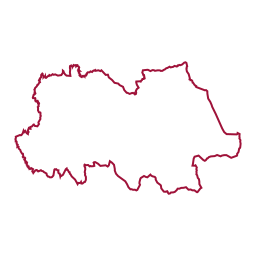 Ruhango, Southern, Rwanda
{"feature_id": "39286606B52583425373362", "entity_name": "Ruhango", "entity_type": "district", "adm_level": 2, "iso_a3": "RWA", "parent_name": "Rwanda", "parent_adm1": "Southern", "projection": "equal_earth", "projection_center": [29.754, -2.193], "detail": "fine", "context": "isolated", "style": "outline", "palette": "rose", "viewbox_px": 256, "rotation_deg": 0, "n_neighbors": 0, "source": "geoboundaries", "source_scale": "gbopen_adm2", "svg_char_len": 5621}
<svg xmlns="http://www.w3.org/2000/svg" viewBox="0 0 256 256"><path d="M236.9,155.7L237.2,155.0L237.1,153.9L238.5,152.0L239.2,148.5L239.8,148.2L240.2,147.4L240.4,145.7L240.6,143.6L240.2,141.6L240.4,140.6L240.3,139.9L239.4,138.5L239.6,137.4L239.4,136.3L239.6,134.0L237.6,133.0L237.4,134.0L236.8,134.4L226.6,134.1L224.2,132.1L222.2,128.5L215.7,113.9L212.2,106.8L211.6,104.9L210.3,101.9L208.2,98.6L207.4,93.8L207.3,91.2L206.0,90.1L204.9,90.3L196.4,87.1L195.9,86.7L196.2,86.1L194.5,84.9L193.1,82.7L192.6,82.6L192.2,80.8L191.5,80.1L190.4,80.2L190.0,79.1L189.6,79.1L189.8,78.2L188.7,74.1L186.9,71.5L186.4,68.8L186.7,68.3L186.6,67.2L187.2,66.4L186.4,62.9L185.5,62.3L184.3,62.6L182.0,64.6L180.3,65.2L179.2,64.9L177.7,66.0L177.5,65.7L176.7,66.5L174.5,65.9L173.3,66.8L170.6,67.4L169.6,66.7L167.3,68.0L166.3,68.2L164.6,69.6L163.6,69.9L162.5,70.8L160.7,70.9L160.0,70.4L157.9,70.3L154.9,70.8L153.9,70.2L152.5,70.1L150.4,71.1L148.2,69.9L147.4,69.8L142.9,70.3L142.3,72.7L142.7,73.2L143.5,75.5L143.8,75.7L144.1,75.5L144.6,78.2L143.9,78.2L143.7,79.0L142.4,79.0L141.9,80.2L141.2,80.6L140.7,81.6L139.9,81.3L136.3,81.5L136.2,82.4L136.9,84.8L138.6,87.7L136.8,89.1L135.9,90.9L136.2,92.8L135.9,94.0L135.0,94.4L134.1,92.9L133.6,93.4L132.2,92.9L129.7,93.9L127.4,92.8L126.7,92.8L124.3,90.1L123.0,86.8L119.6,85.1L118.3,83.6L114.5,82.8L112.1,80.0L108.8,77.4L107.9,74.7L105.7,74.9L101.4,70.3L100.4,71.1L98.4,70.3L95.7,70.8L95.2,70.0L94.2,70.7L93.8,70.5L93.1,70.8L92.1,72.0L90.5,71.4L89.6,72.3L87.8,72.3L87.2,72.8L87.0,73.9L86.2,74.3L86.3,75.4L86.1,75.6L84.8,75.7L84.7,76.3L84.5,76.0L83.7,76.5L83.1,75.9L82.3,76.2L82.3,76.8L82.2,76.6L81.8,77.1L80.5,76.4L80.7,75.9L79.6,75.4L79.9,74.7L79.7,74.4L80.0,74.3L79.4,73.4L79.3,72.7L78.8,72.6L78.8,71.9L78.3,71.3L78.4,70.6L79.5,70.7L78.9,70.1L78.9,69.2L78.4,69.3L79.2,67.5L78.7,66.6L77.8,66.0L77.3,66.1L77.3,65.1L76.4,65.1L76.7,65.7L76.3,66.1L76.3,65.6L74.6,65.5L73.7,65.0L73.1,65.8L73.0,66.9L72.8,66.4L72.4,67.1L72.2,66.2L70.8,66.0L70.8,65.7L70.0,66.1L69.9,68.0L70.2,69.6L69.9,72.4L70.4,75.9L66.5,75.6L65.1,74.4L63.9,72.6L63.5,71.2L62.9,70.7L62.9,72.7L61.3,75.1L57.9,75.6L55.2,74.4L53.7,74.8L52.6,74.2L51.2,75.4L50.3,75.5L49.4,75.0L48.9,76.0L48.3,75.9L46.0,77.9L45.4,77.7L45.2,76.3L45.0,76.8L44.5,76.4L43.9,76.6L43.5,77.1L43.5,76.3L42.7,74.8L42.3,74.7L42.6,73.9L42.3,73.6L41.2,74.9L41.1,77.3L39.8,78.5L40.0,79.6L39.1,80.0L38.9,80.6L39.6,81.2L40.0,82.2L39.2,82.7L38.1,84.7L37.4,84.8L36.8,86.3L35.1,88.0L34.8,89.2L34.4,89.5L34.8,91.1L34.5,93.1L35.2,92.9L35.4,93.5L34.5,94.5L33.6,94.9L32.8,97.7L33.0,98.1L35.2,98.1L35.4,98.9L35.2,100.2L35.6,101.3L36.9,101.8L37.2,100.8L37.6,100.8L38.1,101.7L38.0,103.1L39.0,103.1L39.1,103.3L38.7,104.6L38.4,105.0L38.7,106.1L37.8,107.0L38.1,108.1L38.0,110.3L38.9,112.3L40.3,112.5L40.5,113.0L40.4,115.2L40.8,115.9L40.2,117.5L40.4,119.0L38.5,122.2L38.4,122.8L39.0,124.0L37.4,126.3L34.8,125.9L33.8,124.5L33.5,124.6L32.0,126.4L30.3,127.0L30.5,128.8L29.5,128.6L28.8,128.1L27.9,130.5L28.0,131.3L28.6,132.0L28.0,132.9L27.9,134.0L26.7,133.2L25.3,130.9L24.3,132.0L23.6,130.6L22.7,133.4L21.4,135.1L20.9,135.3L20.0,135.0L15.8,136.7L15.9,137.9L15.4,139.1L15.7,139.7L15.7,141.4L16.4,141.4L16.7,141.9L16.6,143.7L17.6,144.6L17.2,145.1L17.5,145.5L17.4,146.5L17.8,146.2L17.9,146.7L18.6,147.0L18.4,147.6L18.8,148.6L20.3,150.0L20.7,151.4L22.1,153.7L22.9,153.8L23.3,156.4L22.8,156.9L23.3,157.6L24.8,157.6L25.2,158.1L25.0,159.2L24.4,159.7L24.9,160.1L24.9,160.7L26.0,161.4L25.6,162.0L26.6,162.4L26.0,163.0L26.9,163.4L26.6,164.7L27.2,165.2L27.3,165.9L27.7,165.9L27.6,166.7L28.2,167.2L28.7,167.0L28.7,168.0L29.2,168.2L29.4,168.9L30.0,168.5L30.7,168.9L31.2,168.1L33.0,169.1L32.3,171.5L32.8,171.9L33.3,173.0L35.3,170.4L35.8,170.4L36.2,170.0L36.9,170.1L38.0,171.3L38.4,171.1L38.6,171.3L40.9,170.2L41.4,170.8L43.2,171.3L43.8,172.0L46.5,173.5L46.8,175.1L47.9,176.5L48.6,176.5L49.8,177.3L51.3,177.3L52.1,177.0L53.4,175.5L54.4,169.6L54.9,169.2L55.7,169.5L56.2,169.2L57.4,170.3L58.4,170.3L58.3,172.4L58.7,173.3L59.7,173.6L60.3,176.4L60.7,175.3L61.4,175.9L63.0,174.8L65.8,169.2L66.7,168.5L67.1,169.9L67.9,170.1L68.8,172.0L69.6,172.2L69.8,173.7L70.4,174.1L71.7,176.4L75.1,179.6L77.6,184.1L78.2,182.9L79.7,183.0L80.7,182.5L81.0,182.0L81.4,183.5L82.5,183.5L84.3,182.0L85.0,181.9L85.9,179.8L85.9,176.9L85.0,175.0L85.2,173.5L84.7,172.1L85.3,169.2L85.1,167.4L84.5,166.5L84.4,165.0L84.7,164.6L85.9,165.2L88.1,165.0L89.7,166.4L90.5,166.0L91.1,166.3L93.1,166.2L94.3,165.9L93.9,163.2L93.6,162.7L94.1,162.2L95.2,162.1L98.0,163.7L100.4,165.9L105.7,165.3L107.7,166.5L108.8,165.4L109.9,161.2L112.0,162.7L114.0,164.8L114.8,169.0L114.8,170.6L116.0,173.7L118.0,176.0L125.3,181.3L127.0,184.1L128.5,187.3L130.4,189.3L131.6,189.2L133.0,189.8L134.9,189.7L136.3,190.4L137.3,189.9L140.0,184.8L139.4,183.3L139.5,182.0L140.3,178.9L140.8,178.0L144.0,176.0L146.0,177.0L147.4,177.3L150.4,174.6L151.2,175.6L152.5,176.3L154.8,176.9L155.7,178.1L155.7,179.6L157.3,182.6L160.5,185.0L160.9,185.6L161.3,188.4L163.8,191.6L165.3,191.8L167.2,191.2L167.7,191.9L167.6,192.3L168.7,193.7L169.9,193.5L170.9,192.5L173.2,192.4L174.8,191.9L176.8,190.0L177.6,188.7L179.3,188.7L181.2,187.9L183.6,187.8L186.0,187.2L188.5,189.7L190.7,189.5L192.3,190.3L194.4,190.3L196.8,192.1L197.5,192.1L200.3,188.5L201.4,187.8L199.4,184.2L199.3,181.2L198.9,179.1L197.8,177.9L197.1,175.1L196.4,174.4L196.6,173.0L196.4,171.4L196.8,170.2L196.3,169.1L196.8,167.5L195.5,165.3L194.9,165.7L192.5,165.6L192.9,164.1L193.7,158.6L194.6,156.7L198.6,155.6L203.3,160.0L204.8,160.8L205.8,160.2L207.1,158.4L207.6,158.4L208.9,157.1L210.9,156.4L214.7,156.1L217.1,155.0L220.6,156.3L221.9,155.6L224.3,155.1L226.4,155.1L231.2,157.8L236.9,155.7Z" fill="none" stroke="#9f1239" stroke-width="2"/></svg>